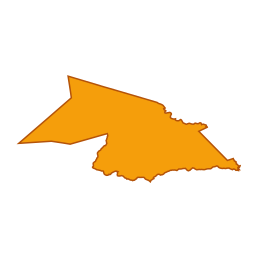 Riacho Frio, Piauí, Brazil (Equal Earth projection), rotated 87°
{"feature_id": "56859067B56089462562487", "entity_name": "Riacho Frio", "entity_type": "district", "adm_level": 2, "iso_a3": "BRA", "parent_name": "Brazil", "parent_adm1": "Piauí", "projection": "equal_earth", "projection_center": [-44.706, -9.934], "detail": "fine", "context": "isolated", "style": "filled", "palette": "amber", "viewbox_px": 256, "rotation_deg": 87, "n_neighbors": 0, "source": "geoboundaries", "source_scale": "gbopen_adm2", "svg_char_len": 3399}
<svg xmlns="http://www.w3.org/2000/svg" viewBox="0 0 256 256"><g transform="rotate(87 128 128)"><path d="M137.6,237.9L137.2,205.2L139.5,193.9L141.1,186.6L132.5,149.0L133.9,148.7L134.9,148.6L135.7,149.2L136.5,149.2L137.4,149.7L138.1,149.8L139.3,150.5L140.4,150.3L142.4,150.0L143.6,150.8L144.4,151.3L144.4,152.4L145.1,153.4L146.2,154.3L147.3,155.8L148.6,156.5L149.6,158.4L151.1,159.7L152.1,159.9L154.0,159.5L154.7,159.5L155.9,159.9L156.5,160.8L157.5,161.0L158.3,161.7L159.7,162.3L160.1,163.3L160.6,163.8L161.3,164.6L162.4,164.6L163.9,164.5L164.5,164.7L165.1,165.4L165.7,165.4L166.5,164.2L167.0,162.9L168.1,161.3L168.3,160.0L168.7,158.9L169.0,157.6L169.5,156.9L169.6,156.1L169.6,155.2L170.3,154.7L171.3,154.6L172.4,154.2L172.9,154.0L173.5,153.2L174.1,152.1L174.1,150.8L173.8,149.9L173.2,149.4L173.6,148.6L173.3,147.8L172.5,147.2L171.8,146.2L171.4,145.4L170.6,143.4L170.4,142.2L170.8,141.1L171.1,140.4L171.5,141.0L172.3,140.7L173.0,140.9L174.1,141.2L175.1,141.0L175.5,139.6L175.5,138.6L175.2,136.9L175.7,135.5L176.2,135.0L177.0,134.3L177.7,133.7L178.0,132.6L179.0,131.8L178.8,130.8L179.1,130.0L179.8,128.9L180.2,127.9L180.3,126.8L180.8,126.1L180.5,125.2L180.4,124.1L179.5,123.1L179.3,122.3L177.9,121.2L177.8,120.1L178.0,118.2L178.0,116.9L178.1,114.8L178.8,114.0L179.3,113.8L180.0,113.2L180.5,112.1L181.0,111.1L181.3,110.2L182.9,108.5L182.3,108.2L181.5,107.9L181.0,106.9L180.4,106.1L179.9,104.8L179.0,105.2L178.4,104.7L177.7,103.0L176.8,102.0L176.2,101.3L175.8,100.5L175.8,99.7L176.1,98.7L176.7,98.2L176.5,96.9L176.4,96.0L175.8,94.8L174.7,93.7L174.3,92.6L174.0,91.8L173.4,90.5L173.3,89.6L172.5,88.0L172.5,86.9L172.3,86.1L172.4,85.1L172.4,83.6L172.6,82.6L173.0,81.4L172.1,80.1L171.6,79.4L171.7,78.4L171.7,77.3L171.6,76.2L171.3,75.3L171.4,73.9L171.3,72.8L171.9,72.3L173.3,71.1L173.9,70.0L173.4,68.3L172.7,67.6L172.1,66.7L171.2,65.6L171.7,63.9L172.5,63.1L173.0,62.1L173.3,61.5L173.2,60.4L173.1,58.9L173.3,58.0L173.2,57.0L173.5,55.0L173.6,53.9L173.3,52.5L173.0,51.4L172.9,49.9L173.0,48.5L173.0,47.5L172.0,46.1L171.3,45.1L171.2,43.6L171.0,42.6L170.5,41.3L171.1,40.1L171.9,39.7L172.3,39.1L172.7,38.4L173.0,37.5L173.2,36.7L173.4,35.4L173.2,34.5L173.5,33.2L173.6,32.4L173.3,31.4L173.3,30.2L173.3,29.1L173.9,28.4L174.5,27.2L175.1,25.8L174.5,25.0L174.7,23.8L175.1,23.2L175.9,22.5L175.9,21.1L176.2,20.1L175.5,20.3L175.5,19.0L174.7,19.6L174.1,20.3L173.5,20.4L173.4,19.1L172.5,18.4L171.6,18.1L171.9,19.7L171.0,20.0L170.5,20.5L170.0,21.0L169.6,21.7L168.9,21.5L168.1,22.1L167.4,21.9L166.9,22.5L166.6,23.4L165.3,23.9L164.7,24.3L164.0,24.5L165.6,30.4L135.0,57.5L131.1,48.2L131.1,49.4L130.7,50.1L129.8,49.6L129.2,49.8L128.1,52.6L128.2,53.5L128.5,54.3L126.9,54.8L126.5,55.8L127.0,56.8L127.4,57.8L127.2,59.0L126.7,60.4L126.9,61.3L127.6,62.1L127.6,62.9L127.3,64.3L126.9,65.3L126.5,66.4L126.6,67.2L126.9,68.3L127.3,69.4L127.0,70.3L126.4,71.3L125.9,72.6L124.7,73.3L122.9,74.2L122.3,74.9L122.8,76.0L123.4,76.9L123.4,78.1L123.1,79.4L122.4,80.3L121.3,80.1L121.5,81.1L121.4,82.2L121.0,83.5L120.4,84.6L119.5,85.2L117.8,84.8L116.6,84.0L115.8,84.0L115.0,84.6L114.6,85.5L115.1,89.3L114.9,90.2L114.0,90.5L113.3,89.9L112.9,89.3L112.3,89.8L111.7,90.9L110.6,91.3L110.4,90.4L110.0,89.9L108.6,90.9L107.4,91.7L106.6,92.7L105.8,94.2L105.2,95.9L104.5,97.0L104.0,97.6L89.3,139.4L85.6,150.1L73.1,185.1L82.9,184.1L88.0,183.6L90.2,183.4L94.9,183.0L106.9,198.4L113.7,207.1L137.6,237.9Z" fill="#f59e0b" stroke="#b45309" stroke-width="1.5"/></g></svg>